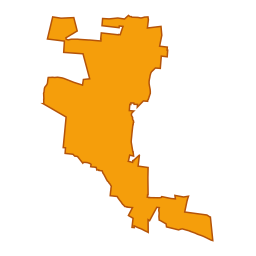 Teya, Yucatán, Mexico (Robinson projection)
{"feature_id": "50627088B95040904280046", "entity_name": "Teya", "entity_type": "district", "adm_level": 2, "iso_a3": "MEX", "parent_name": "Mexico", "parent_adm1": "Yucatán", "projection": "robinson", "projection_center": [-89.064, 21.057], "detail": "fine", "context": "isolated", "style": "filled", "palette": "amber", "viewbox_px": 256, "rotation_deg": 0, "n_neighbors": 0, "source": "geoboundaries", "source_scale": "gbopen_adm2", "svg_char_len": 3624}
<svg xmlns="http://www.w3.org/2000/svg" viewBox="0 0 256 256"><path d="M212.8,240.6L210.4,217.0L209.8,216.9L206.9,215.0L184.7,212.0L187.0,201.1L187.8,198.3L188.5,196.2L183.6,197.0L174.9,195.4L175.4,198.9L171.0,198.5L161.8,196.6L161.7,196.6L161.4,197.4L159.5,197.8L153.7,197.7L148.8,197.6L148.8,197.3L147.3,197.2L147.4,196.4L147.6,194.7L148.1,194.7L147.9,177.7L148.1,167.5L138.1,166.1L139.4,155.3L139.3,155.2L133.6,160.3L133.7,160.6L132.8,160.6L132.6,162.4L128.3,161.3L128.4,161.1L129.7,155.1L133.6,156.1L133.5,155.2L133.1,151.7L132.8,151.7L131.2,141.9L131.2,141.7L131.3,140.1L131.6,137.0L132.1,131.8L132.9,124.8L133.1,124.8L133.4,122.5L133.7,122.3L133.4,120.6L132.7,119.6L132.5,118.7L132.7,118.0L132.4,117.0L131.9,116.3L131.4,115.0L131.5,114.2L131.5,113.8L131.7,113.2L133.3,111.5L133.3,111.4L133.8,111.0L129.3,110.6L129.8,104.4L130.8,104.5L130.9,102.9L133.9,103.1L134.1,104.3L137.5,104.4L137.3,107.2L143.4,100.9L144.9,101.1L147.6,101.3L147.6,100.2L148.2,99.7L150.1,93.9L150.3,93.5L150.3,91.2L150.1,89.2L149.4,85.6L149.1,83.4L149.1,81.5L149.3,79.8L149.8,77.4L150.1,75.5L150.9,72.8L151.6,71.7L155.4,68.0L156.3,68.1L158.2,68.2L160.3,68.4L161.3,56.1L167.2,56.8L167.7,50.2L167.1,50.2L167.3,47.1L159.6,46.2L161.8,35.3L161.0,26.4L147.4,28.0L148.4,19.7L148.0,16.9L144.5,17.1L142.4,17.7L140.9,18.0L137.9,17.4L131.9,17.2L131.3,16.6L129.9,16.6L128.5,15.4L124.5,19.0L117.8,18.0L109.1,18.9L102.6,18.5L102.0,25.7L117.5,27.5L119.1,27.7L119.3,26.0L123.0,26.4L120.2,34.7L118.5,34.5L118.4,34.8L113.9,34.3L101.3,32.9L100.7,39.0L101.0,39.0L100.9,41.0L89.5,40.0L88.6,40.0L85.6,39.8L79.4,39.4L77.5,39.2L74.5,39.2L71.6,39.2L70.3,39.4L70.2,39.4L68.8,39.8L68.2,39.9L66.2,39.3L65.9,37.8L69.3,35.8L70.5,35.0L73.1,33.5L75.8,31.8L77.2,31.0L76.0,26.2L75.0,22.4L73.8,17.6L61.0,18.2L52.7,16.9L47.4,39.0L64.4,41.1L63.7,52.4L83.0,53.8L89.7,78.8L83.4,79.5L82.5,85.1L74.0,82.4L64.1,78.5L62.1,77.9L57.6,77.2L54.6,77.5L53.9,77.4L52.7,77.3L51.9,77.3L51.1,77.4L49.2,77.4L48.2,77.5L47.9,79.3L47.7,81.0L47.5,82.8L47.3,83.6L46.9,84.5L46.1,85.6L45.3,86.6L44.8,87.2L44.5,88.1L44.4,88.5L44.3,89.2L44.2,90.2L44.1,91.3L44.0,92.2L43.7,92.9L43.6,93.4L43.6,93.9L43.7,94.4L43.7,95.2L43.9,99.0L43.7,99.1L43.8,103.7L43.5,103.7L43.4,103.7L43.2,103.7L66.1,117.0L64.7,132.0L63.2,147.6L65.5,147.8L65.1,153.4L71.7,154.1L73.0,154.3L74.7,156.1L76.5,156.3L77.5,156.5L82.8,163.2L83.4,162.4L84.1,162.4L84.8,162.4L85.3,162.4L86.3,162.5L87.3,162.6L88.6,163.0L89.4,163.3L90.1,163.6L90.6,164.0L91.1,164.4L90.8,166.1L90.7,166.7L92.5,167.0L93.3,167.0L94.2,167.1L95.1,167.2L96.2,167.4L96.5,168.5L96.8,170.0L97.3,169.9L98.7,169.9L98.7,170.4L99.9,170.6L102.1,170.8L102.7,172.4L103.0,173.2L103.8,174.3L105.6,177.7L106.4,179.3L107.4,181.0L108.5,182.0L109.1,183.1L109.3,183.3L109.9,183.9L111.3,186.3L110.9,189.0L110.9,189.9L110.7,190.9L110.6,191.6L110.4,193.5L110.2,195.7L112.9,196.0L117.2,196.5L117.8,197.5L118.3,198.4L118.4,198.5L119.8,200.4L120.8,201.6L122.5,204.1L122.9,204.5L123.6,205.1L124.8,206.5L127.0,206.8L127.0,207.1L129.8,207.4L132.5,207.6L128.4,215.5L133.1,218.3L132.9,219.7L132.6,222.1L132.4,223.9L132.0,227.4L134.2,227.6L134.1,225.9L134.9,226.2L137.9,227.6L139.4,228.2L140.0,228.4L141.9,229.2L143.6,230.1L144.0,230.3L144.9,230.8L146.2,231.4L146.8,231.7L147.5,232.0L148.2,232.4L148.1,219.7L149.6,220.7L156.8,207.3L159.3,207.6L159.1,208.2L158.7,210.0L159.2,213.1L159.1,213.8L159.0,215.2L158.9,216.6L159.2,220.1L160.4,220.6L166.1,223.9L166.5,226.9L166.9,227.0L178.6,229.9L180.9,229.1L182.4,228.9L184.8,229.6L190.1,231.1L190.1,231.3L194.9,233.0L197.7,234.3L201.0,235.4L202.8,236.1L204.0,236.6L204.6,236.9L211.1,240.1L212.8,240.6Z" fill="#f59e0b" stroke="#b45309" stroke-width="1.5"/></svg>